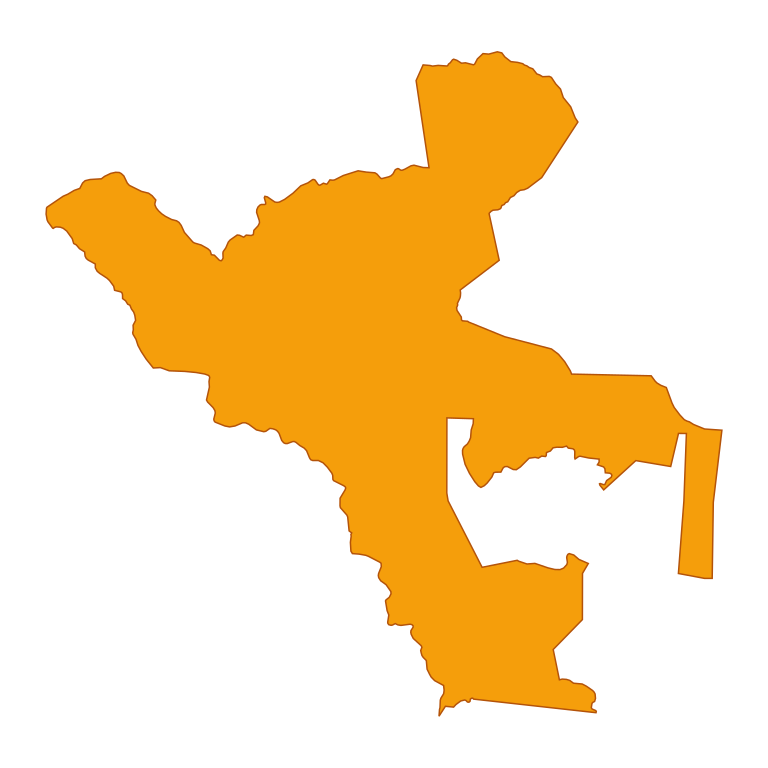 Guarita, Lempira, Honduras (Mercator projection)
{"feature_id": "27666195B2541592461056", "entity_name": "Guarita", "entity_type": "district", "adm_level": 2, "iso_a3": "HND", "parent_name": "Honduras", "parent_adm1": "Lempira", "projection": "mercator", "projection_center": [-88.84, 14.202], "detail": "fine", "context": "isolated", "style": "filled", "palette": "amber", "viewbox_px": 768, "rotation_deg": 0, "n_neighbors": 0, "source": "geoboundaries", "source_scale": "gbopen_adm2", "svg_char_len": 6064}
<svg xmlns="http://www.w3.org/2000/svg" viewBox="0 0 768 768"><path d="M153.3,368.0L160.4,367.6L169.2,370.8L184.7,371.4L196.1,372.5L204.6,374.0L208.3,375.3L209.2,376.1L209.7,377.3L209.0,381.6L209.4,387.1L206.5,400.0L207.6,402.0L213.1,407.6L214.9,410.6L215.3,413.0L213.8,419.1L214.1,420.8L215.1,422.1L224.9,426.0L229.6,426.9L235.0,426.0L242.6,422.8L245.5,422.8L248.7,424.2L256.4,429.9L263.8,431.7L265.8,431.3L269.9,428.4L272.9,428.8L275.7,429.8L277.5,431.2L279.1,433.4L281.7,440.4L283.6,442.7L285.2,443.5L287.2,443.6L292.6,441.6L294.2,441.5L295.9,442.3L299.8,445.5L304.2,448.1L306.6,450.7L309.5,457.8L310.7,459.7L312.7,460.5L318.4,460.5L323.1,462.8L327.4,467.2L331.8,473.1L332.7,475.3L332.9,479.4L333.6,480.6L343.7,485.7L345.3,486.9L345.7,488.0L345.1,489.9L340.1,498.2L340.0,505.8L340.4,507.7L346.9,515.1L347.7,517.0L349.1,530.9L351.7,532.9L350.9,534.6L351.2,536.0L350.4,542.3L350.9,551.1L352.4,553.6L359.1,554.1L365.8,555.3L368.4,556.3L379.8,562.2L381.1,563.3L381.3,566.7L378.6,573.5L378.3,575.5L378.7,577.7L380.7,580.8L386.1,584.7L390.9,591.6L391.0,593.9L389.2,597.4L386.1,599.8L385.5,600.9L387.1,610.6L388.8,615.0L387.7,622.2L387.9,623.5L388.8,624.7L391.1,625.3L392.6,625.0L395.2,623.6L397.9,624.9L400.9,625.4L410.2,624.2L412.0,624.7L413.1,625.8L413.1,627.2L411.0,630.5L410.8,632.4L411.2,634.3L413.3,638.5L421.2,645.7L421.9,647.3L420.7,650.5L421.2,652.9L422.0,655.6L423.3,657.5L426.3,660.5L427.1,669.2L429.6,674.3L431.2,677.1L434.6,680.6L443.6,685.5L444.1,690.0L443.9,692.1L443.6,693.8L440.9,698.2L440.3,700.1L440.0,707.6L439.5,709.5L439.0,716.2L445.4,706.3L453.6,707.1L456.0,704.5L460.7,701.0L464.7,700.0L466.0,700.5L467.4,702.0L468.9,702.2L470.0,701.4L470.4,699.0L472.0,698.1L472.9,698.3L473.5,699.1L596.0,712.7L596.3,711.5L595.8,710.6L592.1,709.0L591.3,707.7L592.0,703.3L593.1,702.2L594.6,701.5L595.5,698.4L595.1,694.0L594.1,692.1L592.6,690.5L586.4,686.2L582.2,684.0L573.5,683.2L569.7,680.4L566.5,679.4L562.2,679.1L559.4,679.8L553.2,649.5L582.4,619.6L582.5,573.4L588.3,563.5L578.9,559.4L573.8,555.0L569.2,553.6L567.8,554.4L566.9,556.2L566.7,557.7L567.4,562.4L566.8,564.6L563.6,568.1L560.0,569.6L554.9,569.5L548.1,567.9L534.9,563.4L527.0,564.0L518.7,561.2L517.2,560.3L482.1,567.3L448.1,500.9L446.8,493.0L446.9,417.9L473.4,418.7L473.2,423.7L471.2,430.0L470.6,437.7L469.2,441.1L467.4,444.0L464.2,446.7L463.1,448.4L462.5,450.4L462.6,454.1L465.1,464.3L469.5,473.4L474.8,481.7L478.4,485.9L480.9,487.4L484.3,485.7L487.2,483.0L491.9,477.0L493.7,472.8L495.4,472.2L500.9,472.1L503.0,468.1L504.6,466.7L507.3,466.5L513.2,469.5L516.3,469.7L520.4,466.9L529.1,458.2L535.2,457.4L538.4,458.1L541.7,456.1L545.5,456.5L546.2,455.7L546.5,452.5L550.4,451.0L553.1,447.8L556.9,447.2L562.4,447.3L566.6,446.1L568.3,448.1L572.9,448.8L574.3,449.8L574.8,451.7L574.7,457.8L575.1,459.0L578.7,456.5L580.1,456.2L588.8,458.0L599.1,459.1L599.1,462.1L597.4,464.8L603.6,466.9L604.9,468.7L605.3,472.8L609.8,473.2L611.3,474.1L611.9,475.3L611.2,477.3L606.6,480.6L604.8,484.6L603.5,484.6L600.1,483.5L599.5,483.8L599.9,485.2L603.7,489.9L635.8,460.6L670.7,466.5L678.5,433.4L686.4,433.5L683.9,500.9L678.4,573.5L704.6,578.4L712.2,578.4L713.3,502.3L721.9,430.2L704.6,429.0L693.6,424.5L689.3,421.8L687.0,421.1L684.3,419.7L679.9,415.0L674.2,407.5L672.0,403.0L666.3,387.5L660.8,385.3L657.0,383.0L655.1,381.1L651.2,375.8L571.6,374.1L570.3,370.8L564.7,361.7L558.5,354.3L551.5,349.0L504.6,336.7L468.7,322.1L467.7,321.3L462.4,320.8L461.5,319.9L461.3,317.0L457.0,310.4L456.6,307.6L457.7,305.0L457.4,303.4L460.0,297.9L460.4,296.1L460.6,292.9L460.2,290.0L499.2,260.3L489.1,213.7L489.4,213.0L491.1,211.3L493.0,210.2L497.9,209.8L500.2,208.8L500.9,208.1L501.8,205.5L504.2,204.5L505.5,202.7L507.7,201.8L510.4,197.5L514.0,195.7L516.7,192.5L520.2,190.3L524.2,189.7L527.7,188.2L541.7,177.6L577.9,122.0L575.2,117.9L570.7,106.8L563.3,97.6L560.5,89.1L555.7,83.9L551.4,77.4L549.3,76.4L542.6,76.7L539.8,75.0L536.8,73.9L532.8,68.8L529.2,67.5L526.8,65.8L524.5,65.1L522.8,63.7L517.7,62.4L510.8,61.6L504.8,56.9L501.8,52.9L497.3,51.8L488.8,54.1L483.0,53.6L477.4,58.9L474.6,64.2L473.5,64.8L465.5,62.8L461.5,63.2L456.9,60.3L453.7,59.2L452.5,59.8L450.3,62.7L448.5,64.1L447.7,65.6L447.0,66.0L438.2,65.4L432.5,66.1L430.1,65.5L423.1,64.9L416.1,80.6L429.0,167.7L423.1,167.5L414.0,165.2L411.0,165.8L404.8,169.2L402.0,170.3L400.6,170.1L398.6,168.7L397.5,168.6L395.3,169.7L393.0,173.9L391.0,175.8L388.8,176.8L381.8,178.6L380.5,178.1L377.0,174.1L374.9,172.8L366.3,172.1L358.1,170.8L343.3,175.5L334.6,179.9L332.9,180.2L329.9,179.9L327.4,183.6L326.6,184.2L323.4,183.2L320.2,185.1L319.2,185.2L318.0,184.3L315.1,180.1L313.8,179.5L312.6,179.6L307.9,182.9L300.8,185.8L293.0,193.2L284.6,199.4L279.3,202.1L277.0,202.4L274.8,202.0L267.4,196.9L264.9,196.3L264.3,197.7L265.7,202.8L265.6,204.1L264.8,204.5L261.3,204.5L259.9,205.1L258.0,207.0L256.8,209.7L256.6,212.4L259.3,220.6L259.5,222.9L258.1,225.8L253.9,230.3L253.3,234.6L251.2,235.5L246.2,235.1L243.7,237.2L239.6,235.3L237.2,235.0L230.1,240.0L228.3,242.1L225.8,247.9L223.2,251.6L222.9,253.1L223.1,258.0L222.3,259.7L221.1,260.8L219.4,260.3L214.4,255.2L211.4,254.7L210.2,250.9L207.8,248.7L201.2,245.0L194.4,243.0L192.8,242.0L184.4,232.4L181.2,225.4L179.0,222.4L176.6,220.8L171.6,219.5L165.5,216.4L161.7,213.8L158.5,210.8L156.2,207.9L154.9,204.9L154.9,203.4L155.8,200.0L152.1,195.7L148.6,193.2L141.5,191.4L129.4,185.4L127.3,183.1L123.8,175.9L121.3,173.6L119.3,172.5L115.6,172.3L110.7,173.4L104.5,176.4L101.4,178.8L90.1,179.5L85.1,180.7L82.6,183.0L79.8,188.4L74.2,190.4L67.8,194.2L63.2,196.2L47.0,207.2L46.5,208.2L46.1,214.1L47.1,219.9L48.0,221.9L52.6,228.1L53.2,228.4L54.8,227.3L56.5,226.9L60.4,227.2L63.2,228.3L66.7,231.0L72.2,238.6L73.7,243.5L76.3,244.9L79.5,248.7L84.6,251.9L85.1,256.2L86.3,258.5L88.2,260.1L95.3,264.0L95.3,267.8L97.2,271.3L99.7,273.4L106.9,278.1L109.5,280.5L113.7,286.2L114.6,290.3L120.8,291.9L122.0,292.9L122.5,294.7L122.6,298.6L125.6,300.8L127.7,304.2L129.9,305.2L131.4,308.9L133.7,312.1L134.8,315.3L135.6,320.4L133.1,325.2L133.3,329.9L132.7,332.7L133.0,334.2L136.0,339.3L138.0,345.5L141.2,351.5L146.3,359.3L153.3,368.0Z" fill="#f59e0b" stroke="#b45309" stroke-width="1.5"/></svg>